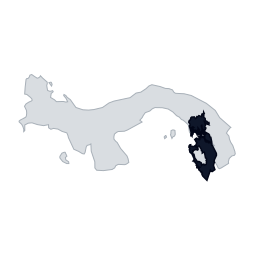 Chepigana, Darién, Panama (highlighted), rotated 5°
{"feature_id": "35544464B97743116241572", "entity_name": "Chepigana", "entity_type": "district", "adm_level": 2, "iso_a3": "PAN", "parent_name": "Panama", "parent_adm1": "Darién", "projection": "mercator", "projection_center": [-78.199, 8.103], "detail": "fine", "context": "in_parent", "style": "filled", "palette": "ink", "viewbox_px": 256, "rotation_deg": 5, "n_neighbors": 0, "source": "geoboundaries", "source_scale": "gbopen_adm2", "svg_char_len": 8775}
<svg xmlns="http://www.w3.org/2000/svg" viewBox="0 0 256 256"><g transform="rotate(5 128 128)"><path d="M230.4,118.5L229.7,119.0L227.7,122.0L226.5,124.5L229.2,127.2L230.0,130.1L231.5,133.2L233.9,136.3L236.5,142.1L237.1,144.4L236.4,145.9L233.9,146.8L231.5,149.5L230.9,152.8L231.3,154.5L224.3,159.7L222.5,160.6L221.3,159.8L219.8,157.2L218.0,155.0L217.1,154.3L216.5,154.2L215.9,154.7L215.7,155.9L216.6,160.8L215.8,162.9L213.5,164.4L210.7,172.5L209.7,171.4L200.7,160.6L192.9,147.1L191.3,141.1L193.3,140.7L195.2,140.8L196.3,139.9L197.5,138.1L196.5,134.0L200.3,130.9L201.7,128.8L202.8,129.0L205.2,132.6L208.8,134.7L213.3,137.6L216.0,138.3L212.5,135.2L206.6,131.1L204.9,128.3L203.3,124.6L201.0,126.2L199.9,127.6L198.7,128.4L197.6,127.4L197.4,126.2L193.9,126.0L193.0,124.9L192.1,124.2L192.5,126.6L193.2,128.0L192.8,129.8L191.7,129.9L190.7,128.1L189.5,126.5L187.8,119.6L183.8,116.4L182.0,115.3L180.5,114.9L178.2,112.7L175.3,111.5L171.3,108.1L166.4,105.6L160.4,104.8L153.1,105.3L150.6,106.7L149.0,108.4L148.2,109.2L143.9,111.2L142.2,114.0L141.2,116.4L139.1,119.2L141.5,120.8L127.5,130.1L124.7,131.5L118.4,132.4L116.9,133.4L115.0,135.3L114.7,138.1L115.0,140.4L116.9,142.3L118.5,143.4L122.4,149.0L129.4,155.9L130.7,158.5L131.8,162.2L129.7,164.0L128.0,164.8L121.4,165.1L119.1,166.6L118.2,168.9L115.8,170.7L107.2,172.6L100.5,172.8L98.5,170.7L97.9,164.6L93.4,154.3L92.4,147.1L91.2,148.0L88.8,148.9L88.0,150.6L87.4,155.9L86.6,157.7L84.7,157.5L80.9,155.6L75.9,153.9L69.5,142.8L68.8,140.7L67.5,138.2L62.6,137.1L58.3,135.2L53.7,134.9L51.3,136.0L48.9,134.7L48.5,131.6L43.7,133.0L37.5,132.5L31.9,131.2L28.1,131.9L24.9,134.0L25.4,139.6L24.4,140.7L24.3,138.4L23.2,135.8L21.8,133.6L19.0,131.4L18.9,130.6L20.0,129.5L25.1,126.2L25.7,124.9L25.8,122.0L25.3,119.3L23.0,115.4L24.3,112.9L26.9,110.9L29.6,109.4L30.1,108.7L29.6,107.3L28.0,105.9L24.3,103.4L22.1,103.2L22.0,96.1L22.2,88.5L22.7,87.7L24.1,87.3L25.1,86.1L25.7,83.9L27.4,83.1L30.3,84.8L33.2,86.3L34.5,85.8L35.4,85.1L36.0,84.3L36.2,83.6L38.6,85.7L43.5,89.3L43.7,91.0L43.3,92.7L44.6,97.6L47.1,98.3L49.7,97.4L50.3,98.3L49.8,99.1L48.5,100.1L48.2,104.3L52.3,106.3L54.4,108.0L61.3,107.2L63.8,107.6L65.6,107.1L63.6,103.8L61.1,101.3L61.3,100.2L63.2,101.0L64.7,102.7L68.1,104.8L74.3,112.1L81.5,113.8L87.1,113.6L92.4,112.6L100.8,109.8L106.9,104.7L111.7,102.4L127.4,97.6L133.0,92.5L135.4,91.8L137.6,91.2L142.5,87.3L145.2,84.3L148.0,82.8L156.3,83.9L161.7,85.3L165.4,85.2L169.0,86.2L170.5,88.3L172.2,89.3L180.9,89.0L188.2,90.1L203.9,96.6L213.4,102.9L218.4,109.7L230.4,118.5ZM72.2,168.6L70.1,168.8L65.9,167.1L62.9,164.0L62.6,163.0L62.7,162.0L64.4,158.8L66.6,157.7L67.5,157.7L69.6,161.4L68.2,162.8L68.8,165.1L71.8,166.8L72.2,168.6ZM173.4,133.0L172.7,134.6L170.9,131.0L171.2,130.1L171.1,126.9L172.7,126.0L174.0,126.0L175.0,126.4L175.6,130.2L175.1,131.9L173.4,133.0ZM48.6,91.1L48.2,92.9L45.3,89.7L47.0,89.1L47.6,89.2L48.6,91.1ZM167.2,133.7L165.5,135.4L164.8,133.8L166.0,132.2L166.4,132.2L167.2,133.7Z" fill="#d9dde1" stroke="#a8b0b8" stroke-width="1"/><path d="M200.3,155.7L197.1,151.9L196.0,148.4L195.1,148.4L194.4,146.6L194.9,145.7L193.6,144.8L194.4,145.1L197.3,143.5L199.3,143.9L199.7,143.0L199.2,142.5L199.4,141.7L198.3,141.3L198.8,140.7L198.1,140.7L197.8,140.5L197.6,140.0L197.5,140.5L197.3,140.5L197.2,140.2L197.2,140.7L197.1,140.8L196.9,140.7L196.8,140.4L196.9,140.2L196.8,140.5L196.6,140.6L196.3,140.1L194.4,141.0L193.1,140.5L192.0,140.8L191.5,140.4L191.8,139.2L191.2,139.3L190.5,140.2L190.3,141.8L191.4,143.1L191.0,144.1L191.8,146.7L194.0,148.2L196.2,152.1L196.7,153.6L195.8,155.1L196.7,155.0L196.9,155.8L197.9,155.9L198.0,156.7L199.5,157.8L199.2,159.9L199.4,158.9L199.8,159.1L199.8,158.9L199.8,158.7L200.4,158.6L199.8,158.9L200.6,159.2L199.9,160.5L200.0,161.5L200.5,161.5L200.4,161.2L200.7,160.8L200.7,160.7L200.5,161.2L201.4,160.9L201.4,161.0L201.5,161.3L201.8,161.1L202.4,161.3L202.4,161.2L202.5,161.0L202.4,160.9L202.7,160.8L203.2,160.9L203.2,161.0L203.1,161.5L203.1,161.0L203.2,160.9L202.7,160.8L202.4,161.4L201.4,161.4L201.3,161.2L201.3,160.9L200.6,161.4L202.0,162.4L202.2,163.5L203.5,164.2L204.1,165.3L205.2,165.0L205.2,166.3L206.0,166.5L205.7,167.8L206.8,169.5L211.2,173.2L213.7,162.8L214.5,163.9L215.8,164.0L218.2,161.9L216.5,158.1L216.6,155.9L217.3,154.6L216.6,153.7L216.9,151.9L218.5,147.5L218.2,145.5L213.4,137.8L212.8,138.0L212.5,136.4L211.2,135.2L208.7,134.3L207.2,134.4L207.9,134.5L210.6,136.1L207.4,134.7L206.7,135.9L207.0,134.8L205.9,134.2L205.2,131.8L204.0,130.3L203.0,130.7L203.3,130.7L203.6,131.0L203.0,130.9L202.9,130.7L203.4,130.1L202.1,129.8L202.7,130.4L202.6,130.6L202.5,130.8L202.5,131.0L202.4,130.8L202.6,130.4L202.0,130.1L202.0,127.9L201.5,127.5L200.2,130.0L200.6,130.4L200.8,130.9L200.0,130.4L200.1,131.8L199.6,132.3L200.3,132.4L200.1,133.0L200.7,133.3L201.2,133.8L199.9,133.2L199.9,132.7L199.8,132.8L199.8,133.0L199.5,132.4L199.5,133.1L198.8,133.0L199.2,133.4L199.0,133.5L197.4,132.0L196.6,132.5L197.1,133.0L196.7,134.1L195.9,133.5L195.5,133.6L197.0,135.8L197.9,136.3L197.3,138.9L195.9,140.1L196.4,140.1L196.6,140.5L196.9,140.1L197.1,140.8L197.1,140.2L197.5,140.4L197.5,140.1L198.3,140.7L200.4,139.6L202.8,142.7L203.1,144.2L204.0,144.5L204.2,146.5L205.8,145.3L206.3,145.5L207.8,151.1L208.7,151.4L209.1,152.6L208.6,153.4L209.1,154.3L209.1,157.4L207.2,158.5L206.8,157.4L205.6,157.6L204.5,158.9L203.9,156.2L201.5,155.1L200.3,155.7ZM188.4,115.2L188.0,116.9L189.5,118.9L189.5,120.0L188.9,120.5L191.1,126.5L191.3,130.2L192.0,130.0L192.5,130.6L192.6,129.0L193.3,128.4L193.2,127.8L192.4,127.6L192.4,125.5L192.0,125.2L192.4,125.1L191.9,123.8L190.8,123.0L191.4,123.2L191.0,122.4L191.7,122.7L192.0,121.9L191.8,121.5L191.6,121.7L191.1,121.6L191.7,121.5L191.3,120.9L191.9,121.3L192.0,121.8L191.9,122.3L192.1,122.0L193.3,121.8L192.8,121.5L192.7,120.7L193.4,121.8L192.5,122.2L192.1,122.1L192.0,122.3L192.1,123.2L192.2,122.8L192.5,122.5L192.8,122.5L192.4,123.5L192.9,124.4L193.1,127.3L194.5,126.2L194.3,125.7L193.8,126.1L193.6,125.8L193.5,126.4L193.3,126.1L193.5,125.2L193.9,124.5L194.0,124.5L193.9,124.2L194.2,124.4L193.7,125.8L194.1,125.3L194.7,125.8L195.0,125.4L194.7,124.7L194.2,124.4L194.0,123.8L195.1,124.9L195.3,125.9L195.7,125.7L195.5,126.4L196.1,126.8L196.6,125.6L195.9,125.2L196.2,125.1L195.8,124.8L195.8,124.7L196.8,125.6L197.3,125.0L196.3,123.9L197.3,124.7L197.5,124.2L197.5,125.0L198.0,124.9L197.0,126.1L198.3,126.7L198.8,124.2L197.8,123.4L198.2,122.7L197.9,122.4L198.4,122.7L197.7,121.9L197.7,121.7L199.1,123.3L198.7,123.5L199.3,124.7L198.6,125.6L199.0,125.5L199.3,126.9L199.0,127.4L198.7,126.8L198.4,127.1L197.6,126.8L197.0,127.8L197.7,129.0L198.7,128.5L198.3,128.1L198.9,128.4L200.0,127.8L199.9,125.6L200.0,126.3L201.0,125.2L203.7,127.8L203.6,126.6L202.6,125.1L202.8,124.4L202.5,124.4L202.2,124.3L202.0,124.1L201.9,124.0L201.7,122.5L202.1,122.4L201.7,121.9L201.2,120.4L201.5,119.9L201.2,119.9L200.9,119.2L201.1,119.0L201.2,119.9L201.5,119.9L201.4,119.6L201.5,119.3L201.8,119.4L201.5,119.4L201.6,119.7L201.5,120.3L201.2,120.4L202.4,122.2L202.3,123.1L203.4,123.9L203.8,123.3L204.0,123.6L203.8,124.6L203.2,124.3L202.8,124.7L202.9,125.5L203.5,126.0L203.9,125.5L203.6,125.5L203.4,125.5L203.2,125.3L203.1,125.2L203.9,125.4L203.9,125.8L203.5,126.1L204.0,126.4L204.1,126.6L204.2,126.1L204.5,126.2L204.2,125.8L204.8,126.1L204.1,126.7L203.7,126.3L204.1,127.1L204.4,127.2L204.5,127.0L204.5,127.5L204.9,127.2L205.5,127.4L205.1,127.0L205.0,126.4L205.1,126.2L205.6,126.5L205.0,126.6L205.5,127.4L205.7,126.9L205.9,127.4L206.3,127.2L205.9,127.5L206.3,128.1L205.8,127.5L204.7,127.5L205.2,128.0L205.2,129.0L204.6,128.0L204.7,127.9L204.8,127.9L205.0,128.0L205.0,127.8L204.2,127.4L204.1,127.9L206.1,133.0L211.0,134.6L212.8,136.2L213.1,137.8L212.6,134.4L211.3,130.0L210.2,129.6L209.8,127.9L208.9,126.9L204.8,125.1L204.5,122.7L205.2,122.7L205.6,121.2L204.2,120.4L205.0,118.4L203.8,115.5L206.1,117.2L208.2,117.6L207.9,117.2L208.4,116.6L208.1,115.4L206.8,115.6L206.1,114.5L204.4,114.0L204.0,111.7L202.3,110.7L202.6,109.3L201.0,108.2L201.7,107.3L202.4,107.7L202.8,107.1L202.0,105.7L202.0,107.0L200.4,107.7L200.3,110.3L197.5,109.5L196.6,110.7L195.6,110.6L195.3,112.0L194.3,112.8L193.2,111.2L190.4,111.6L189.7,112.4L189.5,114.3L188.4,115.2ZM202.4,123.7L202.2,124.3L203.0,124.1L203.0,123.9L202.4,123.7ZM200.9,126.5L200.8,127.3L201.4,127.4L201.3,126.9L200.9,126.5ZM207.2,134.6L206.9,134.4L206.4,134.3L207.2,134.6ZM201.5,126.5L201.2,126.8L201.5,126.8L201.5,126.5ZM204.8,128.2L204.8,127.9L204.7,128.0L204.8,128.2ZM202.1,122.9L201.9,122.7L202.1,123.0L202.1,122.9ZM191.5,123.0L191.6,122.8L191.5,123.0ZM191.7,123.1L191.7,123.4L191.7,123.1ZM199.1,130.3L198.9,130.4L199.0,130.5L199.1,130.3ZM198.4,123.4L198.6,123.3L198.4,123.2L198.4,123.4ZM192.0,122.5L191.9,122.6L191.9,122.8L192.0,122.5ZM198.5,123.0L198.3,123.1L198.4,123.3L198.5,123.1L198.7,123.3L198.5,123.0ZM200.1,128.6L199.9,128.6L200.1,128.6Z" fill="#0f172a" stroke="#020617" stroke-width="1.5"/></g></svg>